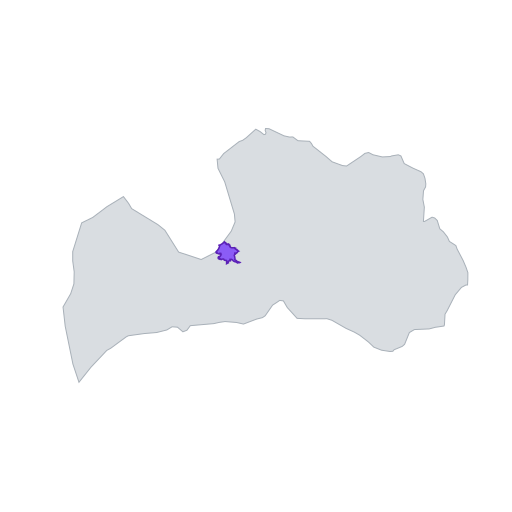 Rīga, Riga, Latvia shown in context, rotated 347°
{"feature_id": "27541924B69950658551149", "entity_name": "Rīga", "entity_type": "district", "adm_level": 2, "iso_a3": "LVA", "parent_name": "Latvia", "parent_adm1": "Riga", "projection": "mercator", "projection_center": [24.123, 56.972], "detail": "fine", "context": "in_parent", "style": "filled", "palette": "violet", "viewbox_px": 512, "rotation_deg": 347, "n_neighbors": 0, "source": "geoboundaries", "source_scale": "gbopen_adm2", "svg_char_len": 5368}
<svg xmlns="http://www.w3.org/2000/svg" viewBox="0 0 512 512"><g transform="rotate(347 256 256)"><path d="M367.9,379.6L365.1,379.2L357.1,376.0L350.3,371.3L346.3,365.2L339.3,356.6L334.7,352.3L327.5,346.8L315.5,335.7L311.1,333.1L289.7,328.2L282.0,326.0L274.9,313.3L272.6,305.9L269.1,304.6L265.3,306.1L261.1,307.6L251.5,316.3L248.4,317.5L242.4,317.6L228.5,319.5L222.1,316.4L211.1,312.9L205.1,312.4L199.8,312.4L176.3,309.1L172.0,312.8L167.7,313.4L163.5,307.7L158.3,306.1L152.5,308.0L142.0,308.2L129.5,306.4L113.7,305.0L111.3,305.6L93.7,313.2L89.4,314.4L70.2,327.2L55.1,339.2L53.3,320.1L54.3,281.5L56.5,262.3L67.0,251.0L72.3,242.2L75.3,230.5L76.3,219.6L78.4,210.5L93.6,184.5L105.6,181.7L121.9,174.4L140.2,168.3L143.7,176.1L145.5,181.9L167.4,203.3L173.0,210.4L181.5,234.8L201.8,247.1L217.8,243.2L224.7,237.2L237.5,226.2L243.3,218.1L244.4,210.3L242.2,176.7L238.7,162.0L239.9,152.9L242.1,153.3L247.6,148.9L265.4,140.7L269.0,140.3L273.1,138.6L284.3,132.4L288.0,135.7L291.0,139.5L292.6,139.5L293.5,138.1L293.2,135.7L294.0,133.9L297.3,134.9L310.3,145.2L315.3,147.6L318.7,148.3L322.8,153.1L334.0,156.3L335.3,158.8L336.2,161.9L346.6,174.8L351.3,181.3L360.5,187.3L364.5,188.7L380.7,182.6L385.2,180.5L389.0,180.5L392.8,183.7L401.4,187.9L409.3,189.3L410.7,189.0L417.4,189.4L419.7,191.1L421.2,199.3L428.8,205.8L435.8,211.1L437.6,213.6L438.1,218.3L437.7,223.9L436.8,226.8L433.9,230.1L431.3,238.4L431.0,246.3L426.9,260.0L427.8,260.3L436.3,257.8L438.7,259.2L440.6,262.2L441.2,270.8L444.0,274.6L446.8,280.6L447.7,285.3L453.1,290.8L453.5,294.4L456.8,307.0L458.1,314.3L458.7,319.9L457.0,327.0L455.6,331.8L453.9,331.5L449.1,332.8L441.4,338.6L430.0,352.2L427.1,355.2L424.1,365.5L423.4,366.5L416.8,366.0L415.0,365.8L408.3,366.0L393.8,363.3L388.2,365.1L380.9,375.5L378.0,377.0L369.5,378.4L367.9,379.6Z" fill="#d9dde1" stroke="#a8b0b8" stroke-width="1"/><path d="M240.0,247.4L239.9,247.3L239.9,247.2L240.0,247.2L239.9,247.1L239.5,246.8L239.5,246.7L239.4,246.5L239.4,246.4L239.1,246.3L238.9,246.2L239.0,246.0L239.0,245.9L238.9,245.6L238.9,245.4L238.7,245.3L238.5,245.2L238.2,245.1L237.9,244.9L237.5,244.6L237.4,244.4L237.5,244.4L237.5,244.1L237.7,243.9L237.4,243.8L237.4,243.7L237.5,243.6L237.3,243.4L237.2,243.2L236.9,243.0L236.5,243.1L236.3,243.0L234.6,242.6L233.7,242.3L233.5,242.1L232.8,241.4L232.6,240.6L232.9,240.5L232.6,240.0L232.9,240.0L232.8,239.4L232.4,239.5L232.4,239.4L232.2,238.5L231.5,238.5L231.3,238.4L230.9,238.4L230.5,238.3L230.4,238.3L230.2,238.3L230.0,238.2L230.3,238.0L230.2,238.0L230.2,237.8L230.2,237.7L229.9,237.6L229.7,237.5L229.7,237.4L229.7,237.2L229.8,237.1L229.7,236.9L229.7,236.7L229.3,236.1L228.9,236.3L228.7,235.9L228.6,236.0L228.3,235.6L228.5,235.5L228.4,235.1L228.2,235.2L228.0,235.4L227.6,235.6L227.1,235.9L226.9,236.0L226.7,236.1L226.3,236.3L226.2,236.3L225.8,236.5L225.7,236.5L225.4,236.6L225.2,236.7L224.8,236.8L224.7,236.8L224.4,236.9L224.3,237.0L224.1,237.0L223.8,237.1L223.7,237.2L223.5,237.3L223.4,237.4L223.2,237.3L223.0,237.2L222.9,237.1L222.5,237.0L222.3,237.3L222.4,237.5L222.5,237.5L222.8,237.8L222.9,238.0L222.7,238.4L222.6,238.6L222.4,238.8L222.2,239.2L222.0,239.4L222.0,239.5L221.9,239.6L221.7,239.9L221.5,240.1L221.4,240.3L221.2,240.5L221.0,240.8L220.9,240.9L220.6,241.1L220.4,241.3L220.2,241.5L219.8,241.8L219.7,241.9L219.4,242.1L218.9,242.4L218.6,242.6L218.3,242.8L218.1,242.9L218.0,243.0L217.9,243.1L218.0,243.2L218.1,243.6L218.0,243.9L218.0,244.1L218.1,244.3L218.3,244.4L218.5,244.4L218.8,244.3L218.8,244.5L220.0,245.5L220.3,245.5L220.7,245.4L220.8,245.3L221.0,245.2L221.6,245.3L221.8,245.4L222.2,245.4L222.3,245.4L222.4,245.6L222.2,245.8L222.1,246.0L222.0,245.9L221.9,245.8L221.6,245.9L221.4,245.9L221.3,246.0L221.2,246.0L221.8,246.6L222.3,247.0L221.8,247.5L221.6,247.7L221.4,247.9L221.2,247.9L221.1,248.0L220.4,248.2L220.4,248.3L220.1,248.3L219.5,248.3L219.5,248.5L219.3,248.6L219.7,248.8L220.0,248.9L219.5,249.2L219.4,249.3L219.2,249.5L218.7,249.8L218.8,250.2L219.9,251.0L220.0,250.7L220.4,250.7L220.7,251.0L220.7,250.9L221.3,251.5L221.5,251.6L221.8,251.6L222.1,251.5L222.2,251.4L222.3,251.4L222.5,251.4L222.7,251.5L223.2,251.6L223.4,251.6L223.6,251.6L223.8,251.7L223.9,251.8L224.0,252.2L224.0,252.5L224.2,252.8L224.2,253.0L224.3,253.1L224.5,253.1L226.0,253.5L226.3,253.9L226.0,254.6L225.9,255.0L225.9,255.4L225.9,255.7L225.9,255.9L225.6,256.9L227.6,256.4L227.4,255.3L227.5,255.1L228.0,254.9L228.3,255.0L228.4,254.9L228.5,254.8L228.6,254.7L228.8,254.6L229.1,254.6L229.3,254.5L229.7,254.9L229.8,254.8L230.0,254.8L230.0,254.5L229.9,253.5L229.9,253.4L230.1,253.4L230.2,253.5L230.3,253.7L230.3,253.9L230.6,253.9L230.9,254.0L231.2,253.7L232.1,254.4L232.3,254.8L232.9,255.9L233.8,256.6L234.2,256.9L234.8,257.1L235.4,257.6L236.1,258.3L236.5,258.7L236.9,258.6L237.1,258.6L237.4,258.6L237.6,258.6L237.9,258.7L238.1,258.8L238.6,258.8L239.0,258.7L238.8,258.5L237.9,258.0L237.8,257.9L237.0,257.4L236.6,257.1L235.7,256.4L235.5,256.2L235.7,255.9L234.5,254.8L234.7,254.6L234.8,254.7L234.7,254.4L234.8,254.2L234.9,253.9L235.0,253.4L235.0,253.1L235.0,252.3L235.0,252.1L235.1,251.8L234.9,250.7L235.0,250.3L235.3,250.0L235.5,249.9L235.7,249.4L235.9,248.8L236.0,248.6L236.3,249.0L236.5,249.4L236.8,249.2L236.9,248.9L236.8,248.7L237.4,248.5L237.7,248.5L237.9,248.7L238.1,248.5L238.4,248.4L238.6,248.3L238.7,248.2L238.8,248.1L239.0,247.9L239.4,247.5L239.5,247.6L239.8,247.5L240.0,247.4L240.0,247.4Z" fill="#8b5cf6" stroke="#5b21b6" stroke-width="1.5"/></g></svg>